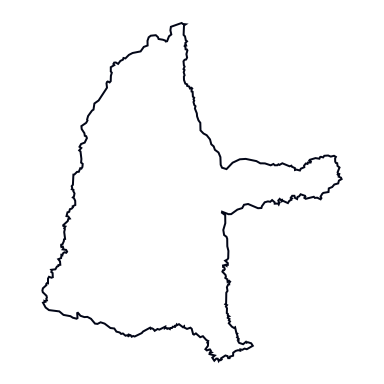 outline of Muembe, Niassa, Mozambique
{"feature_id": "85939544B2234925194697", "entity_name": "Muembe", "entity_type": "district", "adm_level": 2, "iso_a3": "MOZ", "parent_name": "Mozambique", "parent_adm1": "Niassa", "projection": "albers", "projection_center": [35.883, -12.778], "detail": "fine", "context": "isolated", "style": "outline", "palette": "ink", "viewbox_px": 384, "rotation_deg": 0, "n_neighbors": 0, "source": "geoboundaries", "source_scale": "gbopen_adm2", "svg_char_len": 5921}
<svg xmlns="http://www.w3.org/2000/svg" viewBox="0 0 384 384"><path d="M194.0,334.6L195.9,333.4L200.2,337.2L202.9,336.2L206.3,340.0L208.2,341.0L207.3,342.6L208.1,342.9L207.9,345.9L205.4,349.2L206.8,350.4L209.9,349.4L210.8,350.6L210.5,351.6L211.5,352.3L209.8,352.7L209.5,354.1L214.8,355.5L212.3,357.7L214.3,360.7L216.3,358.6L217.7,358.7L218.7,361.0L219.3,359.9L220.7,360.2L221.7,359.4L221.1,358.3L225.4,355.5L227.5,356.1L228.2,358.1L229.6,358.1L230.0,356.6L233.1,355.7L233.2,352.7L235.7,350.9L238.1,350.2L240.3,350.7L240.3,349.4L242.4,349.8L244.5,348.6L246.8,349.2L252.8,345.8L251.2,343.3L247.7,342.2L246.7,342.7L246.0,341.8L243.1,344.2L239.2,342.9L238.2,341.3L238.6,340.2L237.9,339.9L238.6,338.7L237.1,337.3L237.7,336.7L236.9,334.2L237.3,333.6L236.4,333.1L235.1,327.3L234.1,328.0L231.9,326.7L228.8,323.2L230.0,321.4L228.8,320.3L229.5,319.0L227.7,317.8L228.1,316.5L229.0,316.2L227.8,315.4L227.9,314.0L226.8,313.1L227.0,308.3L225.9,306.5L227.0,305.1L225.3,304.2L226.1,303.3L226.3,292.7L227.5,290.9L226.9,287.2L228.2,284.5L229.2,284.4L229.2,282.8L230.1,281.7L229.1,280.8L227.6,281.8L227.3,279.3L225.3,277.9L225.9,276.6L225.5,274.9L222.4,271.7L223.0,270.3L224.1,270.2L224.8,269.1L224.2,267.4L223.1,267.0L223.0,265.5L225.2,265.0L226.5,265.8L226.5,264.7L227.8,264.8L227.8,263.1L225.2,260.7L227.4,259.5L228.2,258.2L228.4,250.9L227.3,246.3L227.2,238.8L226.5,236.8L224.1,235.0L223.3,230.0L225.3,223.2L225.2,215.1L221.9,212.7L222.1,211.7L228.5,214.2L231.2,214.1L237.4,209.6L242.2,208.1L244.0,204.8L248.1,204.0L258.0,208.2L261.4,208.0L261.9,206.2L264.7,202.3L267.9,201.4L270.3,201.8L272.1,200.1L274.6,202.3L274.7,203.7L278.0,203.5L278.7,204.5L279.3,203.0L278.3,200.5L279.7,198.9L280.6,199.9L281.9,199.8L281.6,201.4L282.9,200.8L287.9,203.1L289.3,200.9L291.2,199.9L290.8,199.2L292.0,198.5L290.9,197.6L292.2,195.8L294.4,195.8L295.0,197.9L297.1,199.0L297.6,196.9L299.2,196.3L300.6,194.3L305.0,195.8L305.4,196.6L304.4,197.9L305.7,198.8L313.8,196.8L314.8,197.9L317.2,197.7L320.6,199.3L321.4,198.1L320.6,196.6L322.2,193.9L323.3,192.9L328.5,192.0L328.8,188.4L332.2,187.0L334.3,184.5L338.2,183.4L338.9,180.6L341.6,179.1L341.0,177.7L338.7,176.7L339.0,176.0L337.8,174.6L338.4,174.2L339.0,174.8L339.3,174.0L337.9,173.4L337.6,172.3L339.5,167.5L337.5,165.9L337.2,163.2L335.9,162.9L335.2,161.6L335.1,158.4L335.9,156.9L334.0,155.8L330.8,156.6L328.1,155.5L324.3,155.8L323.1,157.4L320.9,156.8L320.0,157.2L319.4,158.7L315.5,158.1L309.8,159.8L309.3,160.5L310.9,161.6L310.6,162.5L307.9,162.5L307.5,163.9L305.8,163.5L304.1,165.6L304.3,167.2L300.8,168.7L299.9,170.5L296.5,169.6L295.0,170.0L294.9,168.1L291.9,166.7L291.4,165.7L289.6,166.3L282.3,163.3L279.5,164.9L278.4,164.3L277.5,165.2L274.9,165.3L273.4,164.0L270.7,165.3L264.9,163.4L260.3,163.3L256.4,161.1L245.7,158.9L239.8,159.3L232.6,162.7L226.5,169.1L222.0,167.7L220.7,164.8L220.4,157.1L218.5,152.5L214.9,149.8L213.7,146.4L211.3,144.3L210.0,139.4L206.7,135.2L203.5,133.5L200.5,130.4L200.3,122.8L198.5,120.4L197.1,116.4L196.8,113.3L194.9,108.5L195.5,106.2L194.3,105.0L193.5,102.0L194.2,100.7L193.5,99.2L194.2,97.8L192.9,96.6L192.6,91.8L191.6,91.5L191.5,89.4L192.2,88.5L191.5,87.8L189.9,88.4L189.3,86.6L187.1,85.8L187.2,84.4L185.3,83.6L184.0,80.0L183.9,76.6L184.6,75.3L183.7,72.2L184.5,70.0L183.5,69.1L184.6,66.6L183.9,65.4L183.5,61.3L184.6,59.8L186.1,59.5L187.1,57.6L186.4,54.1L187.4,50.4L186.9,49.5L185.6,49.3L185.4,46.9L184.6,46.2L184.8,45.4L186.1,45.4L185.3,43.1L187.0,41.3L185.8,40.3L185.0,36.4L183.6,34.9L184.0,25.4L185.7,24.3L182.9,24.0L181.6,23.0L170.9,26.8L170.4,30.3L171.3,34.5L169.0,36.3L167.1,41.2L165.8,41.5L165.1,40.5L162.8,39.7L158.6,39.0L157.9,37.1L155.8,35.2L150.8,35.7L148.7,37.3L147.5,40.8L147.6,45.5L143.8,46.9L140.6,51.4L132.6,53.0L128.9,54.9L125.4,58.4L123.5,58.0L122.9,59.7L120.4,60.9L118.1,63.9L115.8,62.5L114.2,62.6L113.4,64.0L114.3,65.1L110.8,67.2L110.8,71.5L111.8,72.7L110.9,75.8L110.7,81.2L109.6,82.4L107.8,81.5L107.1,81.9L106.5,83.3L107.0,87.7L98.6,100.5L94.4,103.5L93.5,109.6L92.0,110.6L88.1,116.0L87.1,119.5L87.5,120.4L86.2,122.8L81.4,126.1L81.7,129.1L84.4,133.2L84.8,135.8L86.2,136.2L86.9,138.1L84.7,142.6L81.1,144.0L79.5,146.8L81.3,148.0L79.2,150.4L80.5,151.5L81.4,159.0L81.1,162.6L82.7,163.9L82.4,167.0L81.4,168.6L80.3,168.2L78.8,171.8L77.0,171.9L74.4,174.5L73.4,174.6L72.9,184.8L71.7,186.2L72.3,188.3L71.8,189.2L73.5,190.0L73.3,191.1L74.5,193.4L74.0,196.2L72.9,197.5L73.8,197.9L75.2,200.8L75.3,205.0L72.7,206.3L73.0,207.2L71.6,208.7L69.9,209.2L69.2,211.8L67.5,212.3L66.5,216.1L68.3,216.5L69.8,218.6L68.3,219.0L67.7,221.1L63.2,225.2L63.3,225.9L65.4,226.5L64.2,228.3L64.9,229.0L64.2,232.0L65.1,239.0L64.0,239.4L63.8,241.3L62.4,244.4L61.2,244.7L61.1,246.1L61.4,247.1L62.9,246.8L63.4,248.6L62.8,249.4L66.1,249.9L67.1,251.7L66.2,252.8L64.5,252.3L63.3,253.0L62.5,254.6L61.6,254.7L62.1,255.6L61.3,255.9L61.1,258.1L58.3,259.2L60.0,261.4L60.3,264.8L58.4,265.1L58.3,266.1L56.9,266.6L55.4,269.3L51.3,269.8L51.8,270.5L51.3,272.0L52.6,273.0L52.8,277.2L51.5,277.7L49.0,276.8L48.0,278.6L48.0,283.3L47.0,283.1L46.2,284.1L46.4,285.1L42.9,288.3L42.4,290.5L42.8,292.2L46.5,295.8L46.9,297.7L46.3,298.8L46.9,300.4L45.6,300.8L45.5,301.6L44.5,301.1L44.6,302.0L43.0,302.7L45.6,307.5L49.0,310.1L59.3,311.4L63.5,314.9L70.5,316.2L72.8,317.7L76.6,318.7L77.5,318.1L77.2,313.1L77.9,312.8L80.5,315.8L84.4,317.1L87.4,316.9L91.0,318.8L95.0,323.6L97.5,323.9L100.6,322.3L104.6,323.6L110.4,328.0L114.3,328.5L116.4,331.6L119.7,332.5L121.1,333.9L122.9,333.5L125.5,335.7L127.4,335.2L128.3,336.2L129.1,335.7L129.0,334.7L130.6,335.2L131.7,336.7L133.1,336.0L134.7,336.5L141.7,333.1L143.1,331.5L150.1,327.7L150.7,328.8L151.7,328.2L153.4,329.1L154.7,330.8L157.5,329.0L159.4,329.6L165.2,326.7L165.0,328.1L165.8,327.6L167.2,328.8L168.0,328.2L169.9,329.1L170.3,328.0L171.9,328.0L172.8,326.7L174.9,326.9L175.0,325.8L176.1,325.7L176.7,324.5L177.2,325.1L179.0,324.2L182.9,327.2L184.1,326.3L184.2,327.5L187.0,328.9L190.4,327.7L191.7,328.8L193.1,334.1L194.0,334.6Z" fill="none" stroke="#020617" stroke-width="2"/></svg>